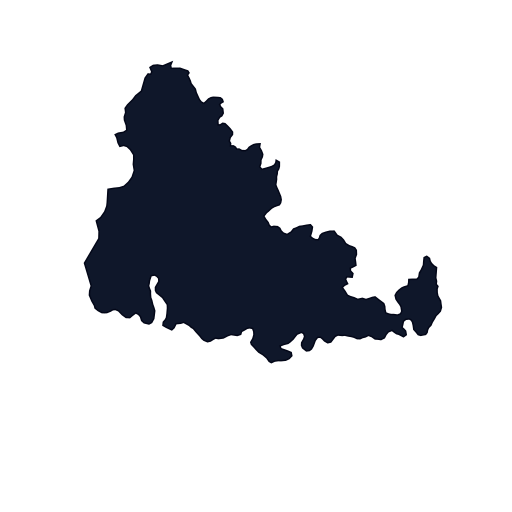 the district of Turvelândia, Goiás, Brazil, rotated 300°
{"feature_id": "56859067B88564210789001", "entity_name": "Turvelândia", "entity_type": "district", "adm_level": 2, "iso_a3": "BRA", "parent_name": "Brazil", "parent_adm1": "Goiás", "projection": "orthographic", "projection_center": [-50.301, -17.798], "detail": "fine", "context": "isolated", "style": "filled", "palette": "ink", "viewbox_px": 512, "rotation_deg": 300, "n_neighbors": 0, "source": "geoboundaries", "source_scale": "gbopen_adm2", "svg_char_len": 5345}
<svg xmlns="http://www.w3.org/2000/svg" viewBox="0 0 512 512"><g transform="rotate(300 256 256)"><path d="M130.4,142.7L129.8,146.6L129.9,150.8L131.1,153.1L132.4,155.1L135.6,157.6L137.8,158.8L139.4,161.0L139.8,164.4L138.3,169.5L137.8,174.2L139.5,177.5L142.6,178.6L146.6,180.3L146.7,183.5L145.7,186.3L142.9,189.3L142.2,192.5L143.6,197.3L146.2,198.9L150.6,198.8L154.4,197.2L157.9,195.7L160.3,193.2L162.3,190.8L165.4,187.9L167.3,185.6L170.4,183.5L172.9,182.1L174.5,180.0L176.4,177.9L178.7,177.2L181.3,176.1L186.5,175.0L188.8,177.7L188.9,180.2L188.0,182.9L185.4,184.6L181.0,184.6L178.6,184.6L175.9,186.2L174.5,188.2L174.0,191.7L173.3,195.9L171.6,199.3L169.6,203.5L166.6,205.4L161.3,207.9L157.8,209.3L155.5,209.4L152.4,208.8L149.4,210.1L149.4,213.9L149.9,220.0L152.8,220.9L157.4,220.6L160.1,224.4L162.4,226.5L162.5,232.9L161.9,235.6L161.9,238.0L160.5,241.7L158.7,247.4L157.5,250.3L157.0,253.0L157.5,256.9L159.6,259.1L162.5,260.6L164.7,262.0L165.7,264.8L168.7,268.7L170.9,270.1L172.8,271.3L175.5,273.6L176.8,276.9L177.8,279.5L180.5,281.9L183.4,281.2L186.1,282.9L189.0,284.5L190.6,286.4L191.6,289.3L189.4,291.9L186.8,293.6L182.9,294.6L178.7,294.6L177.2,296.2L176.0,300.3L175.2,302.6L174.1,306.5L174.0,311.4L173.1,316.3L171.3,320.1L171.3,322.6L174.3,324.7L176.5,327.5L178.0,330.2L180.6,333.8L183.7,336.0L187.5,336.9L190.0,334.7L189.6,331.3L189.1,328.5L188.2,323.8L190.2,321.8L193.4,324.4L196.3,327.4L198.5,328.4L202.5,329.7L205.6,330.1L208.8,330.6L212.6,333.5L212.7,336.0L210.7,338.3L207.9,338.9L203.8,338.9L201.4,340.1L199.7,342.3L199.0,347.1L200.8,349.5L203.2,350.5L206.6,350.5L212.5,349.5L216.3,350.0L217.9,352.4L217.6,354.8L216.7,357.8L216.7,361.5L218.9,363.8L225.9,364.7L228.5,366.4L230.3,370.4L231.8,372.4L232.8,375.7L233.9,378.6L234.7,381.5L235.0,384.9L236.4,387.5L238.6,389.0L240.7,391.2L243.5,393.0L244.1,396.6L243.7,400.6L245.0,403.2L246.1,406.0L249.3,408.1L253.1,407.9L256.5,408.5L259.6,411.0L259.2,413.9L259.0,416.6L259.6,418.8L259.7,421.1L259.8,424.1L262.9,425.5L265.8,423.1L266.6,420.7L267.1,418.2L269.9,417.4L273.1,416.3L276.1,417.4L278.2,420.3L278.1,422.7L276.9,424.7L274.4,427.0L271.3,429.4L270.2,432.8L269.0,435.8L269.6,438.3L271.2,440.1L272.9,442.1L275.3,442.4L277.9,441.5L280.4,441.3L283.5,442.1L286.7,441.7L290.8,441.8L294.4,441.7L297.1,442.5L300.4,443.2L304.2,442.3L307.1,440.0L309.5,438.2L310.8,435.9L312.4,433.3L315.0,431.1L318.0,429.3L320.7,428.7L321.6,426.2L324.5,424.9L326.9,422.6L336.3,418.1L336.4,415.0L337.3,411.7L338.5,409.5L340.7,407.4L341.1,404.0L338.7,402.4L334.9,404.1L331.8,405.6L326.5,406.1L323.2,406.0L319.1,407.6L316.2,406.9L313.8,402.7L312.1,400.1L309.4,401.5L306.2,402.5L303.1,399.6L301.3,398.3L297.9,396.9L294.7,396.1L291.5,396.2L288.7,398.8L287.1,402.0L286.0,404.7L284.6,407.0L281.0,409.9L278.2,410.1L275.6,408.1L274.1,404.4L272.8,402.2L272.1,399.9L271.6,396.8L274.3,394.3L276.7,392.7L278.7,390.4L279.4,384.5L280.1,379.6L278.3,377.5L276.1,375.6L273.3,373.0L272.5,369.3L269.3,365.8L268.9,361.8L268.0,358.0L267.7,354.8L270.0,350.6L271.9,346.4L274.9,347.3L277.8,349.2L279.1,347.2L280.8,345.0L283.5,345.2L285.7,349.9L289.3,348.7L290.3,345.3L292.6,343.7L295.2,345.5L297.9,347.2L300.6,345.2L303.5,342.9L307.6,342.2L311.1,340.0L312.4,337.4L312.1,334.5L311.5,331.6L311.6,327.4L313.6,323.8L314.7,320.2L314.5,315.9L316.6,311.3L314.4,307.6L311.5,304.6L308.6,302.1L305.9,301.3L303.5,301.9L301.2,301.8L299.8,299.1L299.6,296.1L300.2,293.2L305.5,291.9L309.3,290.4L310.3,287.5L307.9,284.4L305.1,281.2L303.4,278.9L300.6,277.0L298.2,275.0L294.4,274.5L290.2,272.2L289.5,268.3L290.3,265.2L291.9,262.8L292.2,260.0L290.6,256.6L288.7,254.7L289.2,252.1L291.1,249.7L292.6,246.0L294.4,242.8L298.8,243.4L301.1,244.3L303.2,244.9L305.3,245.6L307.8,247.0L310.1,248.9L312.0,250.6L314.4,250.7L317.3,249.7L319.8,247.6L323.8,242.4L325.7,239.7L327.5,237.5L332.6,235.5L334.9,234.1L337.7,233.3L340.1,232.1L342.8,232.1L345.3,231.4L349.0,229.3L349.0,225.6L346.8,226.5L344.1,226.5L341.5,225.0L339.5,223.2L337.2,221.0L334.0,217.8L335.0,214.6L338.6,213.9L341.7,212.2L345.0,211.9L347.4,211.0L349.8,208.1L351.8,204.7L355.2,203.4L353.0,200.1L351.3,198.3L348.9,196.8L346.7,195.7L344.0,195.4L341.9,194.2L340.2,191.0L340.2,188.0L338.9,185.8L340.0,183.8L340.1,181.4L338.6,178.8L340.9,177.7L342.2,175.4L345.8,174.4L349.4,174.9L351.6,173.7L353.2,170.0L354.3,166.3L355.1,163.0L354.3,160.8L351.7,159.5L350.6,157.6L354.4,155.1L358.0,155.1L360.3,156.3L363.3,156.2L366.8,153.6L367.6,150.6L369.0,148.7L371.2,149.3L373.1,150.4L374.8,148.5L375.2,146.1L374.3,143.9L372.1,139.6L370.6,137.9L368.3,136.4L365.1,135.6L362.1,134.6L362.0,131.6L363.1,128.8L364.5,126.8L367.6,122.5L370.2,120.0L371.6,116.6L372.8,113.6L374.7,111.6L376.6,109.0L378.4,106.2L381.1,106.4L382.2,104.4L381.6,101.6L380.6,96.3L376.1,88.7L378.4,86.7L381.9,86.2L374.0,80.2L372.2,75.2L369.7,71.7L366.3,69.9L363.4,73.7L360.7,73.9L359.7,71.5L354.7,71.0L341.5,74.3L334.7,71.7L329.7,71.1L322.7,69.2L318.5,68.8L315.1,71.4L310.6,72.4L308.0,74.1L304.3,78.4L300.3,81.2L296.9,79.4L293.5,75.3L290.7,73.4L288.9,76.3L285.1,79.9L282.9,83.3L285.6,86.1L286.4,89.6L285.3,94.2L282.5,99.5L278.6,101.8L274.1,103.9L269.2,107.9L262.3,109.3L256.2,108.7L250.4,106.9L246.8,103.6L243.4,98.9L239.8,94.5L227.8,100.5L224.6,101.9L218.7,102.9L211.7,102.3L206.6,100.1L199.0,107.7L192.6,111.2L164.1,111.0L147.7,128.3L142.7,129.4L138.8,131.3L135.0,136.3L132.3,140.9L130.4,142.7Z" fill="#0f172a" stroke="#020617" stroke-width="1.5"/></g></svg>